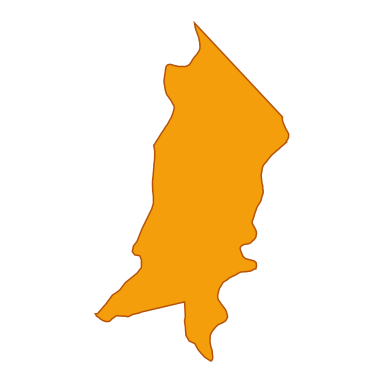 Morne Palama, Choiseul, Saint Lucia (Robinson projection)
{"feature_id": "8701671B53815212038994", "entity_name": "Morne Palama", "entity_type": "district", "adm_level": 2, "iso_a3": "LCA", "parent_name": "Saint Lucia", "parent_adm1": "Choiseul", "projection": "robinson", "projection_center": [-61.04, 13.788], "detail": "fine", "context": "isolated", "style": "filled", "palette": "amber", "viewbox_px": 384, "rotation_deg": 0, "n_neighbors": 0, "source": "geoboundaries", "source_scale": "gbopen_adm2", "svg_char_len": 6059}
<svg xmlns="http://www.w3.org/2000/svg" viewBox="0 0 384 384"><path d="M211.0,361.0L211.5,360.8L211.7,360.5L212.0,360.0L212.5,359.0L212.7,357.8L212.7,356.9L212.6,355.8L212.5,354.9L212.4,354.5L212.3,352.4L212.1,350.8L212.0,350.2L211.9,349.6L211.6,349.0L211.3,348.0L211.0,347.2L210.7,345.5L210.4,344.4L210.2,343.3L210.0,342.4L210.0,341.6L210.0,340.4L210.0,339.5L210.1,338.7L210.1,337.8L210.1,336.6L210.2,336.1L210.5,334.9L210.9,333.7L211.2,333.1L211.5,332.5L212.0,331.7L212.6,330.7L213.0,330.3L213.9,329.2L214.2,328.8L214.5,328.4L215.2,327.7L215.4,327.4L216.0,326.7L216.8,325.8L217.6,325.2L218.7,324.4L221.5,323.2L222.7,322.7L223.9,321.9L224.4,321.6L224.8,321.4L225.9,320.4L227.2,318.0L227.5,317.2L227.5,316.1L227.4,315.5L226.9,313.9L226.7,312.8L226.6,312.3L226.2,311.2L225.5,309.9L225.0,308.9L224.2,307.9L221.9,305.0L221.3,304.1L220.6,303.0L219.9,302.1L218.7,300.4L218.0,298.8L217.8,297.5L217.7,296.3L217.7,295.4L217.9,294.4L218.1,293.3L218.2,292.7L218.5,291.7L218.8,290.7L219.0,289.7L219.4,288.6L220.0,287.6L220.2,287.3L220.6,286.5L221.8,284.5L222.1,284.0L222.3,283.7L222.8,282.8L223.5,282.1L224.3,281.5L225.0,281.1L225.7,280.7L226.7,280.1L227.7,279.4L229.9,277.6L233.4,276.0L236.2,274.6L238.8,273.0L240.1,272.3L241.4,272.0L242.1,271.9L242.6,271.8L243.2,271.9L244.8,271.7L245.6,271.7L246.5,271.6L247.5,271.5L248.8,271.3L249.6,271.2L250.7,271.0L252.0,270.4L252.8,269.9L253.8,269.3L254.4,269.1L255.9,268.8L256.5,265.9L256.4,264.8L256.1,262.6L254.1,260.9L252.8,260.5L251.6,260.3L250.3,259.9L248.9,259.5L247.6,259.2L246.6,259.0L246.0,258.8L245.5,258.6L244.5,257.7L243.7,257.1L243.0,256.2L242.6,255.5L242.4,255.0L241.8,253.5L241.4,252.5L241.0,251.5L240.7,250.7L240.4,249.7L240.2,249.1L240.1,248.1L240.3,247.4L240.8,246.6L241.3,246.0L241.8,245.7L242.4,245.3L243.1,244.9L243.6,244.6L244.9,244.3L246.1,244.1L246.4,244.1L247.4,244.0L248.0,243.9L249.0,243.6L249.5,243.4L249.9,243.2L250.4,242.9L250.9,242.6L251.4,242.1L251.9,241.6L252.7,240.7L253.5,240.2L254.3,239.4L254.5,239.1L255.1,238.2L256.0,236.8L256.0,235.9L256.2,235.1L256.4,234.0L256.5,233.2L256.3,232.0L256.2,231.4L256.0,230.6L254.9,228.3L254.5,227.5L252.8,224.5L252.4,223.6L252.1,222.4L252.2,221.8L252.6,220.4L253.6,217.6L254.1,216.0L254.5,214.4L255.0,212.8L255.4,211.7L256.0,210.3L256.3,208.9L256.6,208.2L257.2,206.8L258.2,205.2L258.6,204.6L259.3,203.5L260.8,201.0L262.2,195.6L262.4,195.2L262.6,194.8L262.7,194.5L263.0,193.5L263.1,192.9L263.2,192.4L263.2,191.9L263.2,191.4L263.2,190.9L262.8,188.7L262.8,188.3L262.7,187.8L262.7,187.5L262.7,187.0L262.8,186.3L262.7,185.9L262.6,185.6L262.5,185.1L262.3,184.4L262.2,183.9L262.0,183.3L262.0,183.0L261.9,182.6L261.8,181.9L261.7,181.6L261.7,181.1L261.7,180.7L261.6,180.2L261.6,179.6L261.5,179.2L261.5,178.7L261.4,178.2L261.4,177.9L261.3,177.4L261.3,177.0L261.2,176.5L261.2,176.2L261.2,175.2L261.2,174.7L261.3,174.3L261.3,173.9L261.4,173.5L261.5,173.1L261.7,171.9L261.8,171.6L261.9,171.2L261.9,170.7L262.0,170.2L262.1,169.7L262.2,168.8L262.3,168.4L262.4,167.9L262.5,167.4L262.6,167.1L262.8,166.8L262.9,166.4L263.1,166.0L263.2,165.7L263.5,165.3L263.7,164.9L264.0,164.5L264.2,164.2L264.7,163.6L264.9,163.4L265.1,163.1L265.3,162.8L265.7,162.5L265.9,162.3L266.1,162.0L266.5,161.6L266.7,161.4L267.0,161.0L267.4,160.4L267.6,160.1L267.8,159.8L268.1,159.5L268.3,159.1L268.5,158.9L268.7,158.6L269.3,157.9L269.6,157.6L269.9,157.2L270.1,156.9L270.7,156.2L271.1,155.9L271.4,155.5L271.6,155.2L272.0,154.9L272.2,154.7L272.4,154.4L273.0,153.9L275.5,151.8L275.8,151.5L276.1,151.3L276.6,150.7L276.9,150.5L277.5,150.1L277.9,149.7L278.5,149.2L278.8,149.0L279.0,148.8L279.5,148.3L279.7,148.1L280.5,147.4L281.1,146.8L281.4,146.6L281.7,146.4L281.9,146.2L282.2,146.0L282.8,145.4L283.1,145.2L283.5,144.9L283.8,144.6L284.1,144.3L285.2,143.3L285.4,142.9L286.5,142.4L286.2,141.9L286.7,141.2L288.5,137.5L288.7,134.1L287.4,131.6L285.7,128.6L283.8,124.3L282.4,120.3L282.4,116.9L194.5,23.0L194.7,24.3L195.0,25.9L195.2,27.3L195.6,28.7L196.1,30.3L197.1,33.1L197.6,34.5L198.2,36.1L198.5,37.0L199.0,38.8L199.1,39.5L199.3,40.7L199.7,42.4L199.8,43.7L199.9,45.0L200.0,46.5L200.0,46.8L199.8,49.0L199.5,49.9L198.7,51.4L197.4,53.4L196.8,54.5L195.6,55.7L195.1,56.2L193.6,58.1L192.7,59.5L192.2,60.2L191.6,61.4L191.1,62.1L190.4,63.2L189.8,64.1L188.3,65.3L187.5,65.8L186.7,66.1L185.7,66.3L184.2,66.6L182.1,66.4L179.2,66.6L178.0,66.3L175.9,65.8L174.3,65.6L172.3,64.9L170.8,64.4L169.4,64.4L168.3,64.7L167.5,65.0L166.6,65.8L166.2,66.5L165.9,67.7L165.5,69.5L165.3,71.5L165.1,73.2L164.8,74.7L164.6,76.2L164.3,78.2L164.0,80.8L164.1,83.0L164.6,85.4L164.9,87.4L165.2,89.5L165.7,91.4L166.1,92.9L167.0,95.0L168.7,97.2L169.7,98.8L170.6,99.9L171.5,101.4L172.1,102.5L172.6,103.6L173.1,104.5L173.6,105.1L174.0,105.9L174.1,106.7L174.2,107.9L173.9,109.5L173.3,111.8L172.7,113.9L172.4,114.4L171.7,116.4L170.9,118.1L169.9,119.8L169.2,121.1L168.3,122.8L167.5,124.2L166.6,125.5L165.6,126.8L164.3,128.9L163.0,131.0L161.3,133.4L159.4,136.5L158.3,138.3L157.3,139.8L156.4,141.2L155.3,143.0L154.7,144.1L154.2,144.7L153.7,145.2L154.0,147.0L154.3,148.2L154.5,149.8L154.7,151.4L154.7,153.6L154.7,156.1L154.6,158.1L154.5,160.3L154.2,162.5L153.9,164.8L153.9,166.6L153.7,168.4L153.1,176.1L152.8,178.7L152.6,180.3L152.5,181.8L152.5,183.6L152.5,185.8L152.6,187.3L152.6,188.5L152.7,190.8L152.9,192.1L153.1,193.9L153.4,196.9L153.4,203.4L151.7,209.0L142.2,228.4L136.9,241.6L133.5,245.9L132.3,251.6L134.8,254.9L139.8,255.8L141.4,259.6L141.4,267.6L136.9,273.3L125.3,282.7L119.9,289.8L117.0,292.2L112.5,295.0L105.2,304.9L103.9,306.2L100.9,309.8L98.8,312.2L97.8,313.5L95.6,313.9L95.3,313.9L96.5,316.0L98.2,317.1L100.6,319.1L102.5,320.3L105.3,321.4L106.4,321.5L108.6,321.5L109.8,321.1L112.4,318.5L113.9,317.6L115.9,316.1L116.9,315.6L117.5,315.5L118.2,316.0L120.7,316.0L123.3,316.2L125.9,316.2L127.9,316.8L129.2,316.2L131.5,315.1L132.7,314.4L135.4,313.9L137.6,313.3L138.5,313.2L140.2,312.5L142.2,311.8L143.3,311.6L184.5,301.9L184.9,307.4L185.3,316.7L184.5,321.3L185.3,326.3L185.9,335.2L187.2,337.6L189.1,340.9L192.2,342.4L194.8,343.6L198.1,349.6L201.0,353.2L204.8,357.2L210.3,360.8L211.0,361.0Z" fill="#f59e0b" stroke="#b45309" stroke-width="1.5"/></svg>